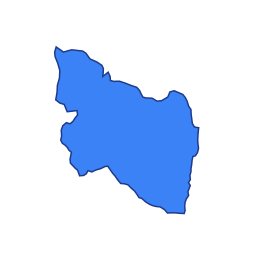 Avelinópolis, Goiás, Brazil, rotated 344°
{"feature_id": "56859067B50448120203224", "entity_name": "Avelinópolis", "entity_type": "district", "adm_level": 2, "iso_a3": "BRA", "parent_name": "Brazil", "parent_adm1": "Goiás", "projection": "natural_earth1", "projection_center": [-49.768, -16.489], "detail": "fine", "context": "isolated", "style": "filled", "palette": "blue", "viewbox_px": 256, "rotation_deg": 344, "n_neighbors": 0, "source": "geoboundaries", "source_scale": "gbopen_adm2", "svg_char_len": 1604}
<svg xmlns="http://www.w3.org/2000/svg" viewBox="0 0 256 256"><g transform="rotate(344 128 128)"><path d="M68.3,160.6L72.4,161.4L75.2,160.5L77.8,158.0L81.2,160.3L84.1,159.7L87.0,159.5L90.8,159.5L95.1,158.7L98.0,159.1L99.3,162.9L100.8,167.3L102.3,170.5L103.8,175.0L105.7,179.3L109.3,180.7L112.3,182.6L114.6,186.8L117.0,190.5L118.4,194.5L119.4,197.9L121.9,199.6L124.7,204.0L127.7,207.3L130.3,209.4L133.4,211.2L137.2,212.7L140.7,216.7L142.5,220.6L145.6,221.3L149.8,222.5L153.6,224.0L158.4,225.7L160.1,223.2L161.0,218.6L162.5,215.0L164.4,212.4L167.7,209.5L168.0,205.7L169.9,203.3L172.0,200.4L171.1,197.2L173.7,194.8L174.4,190.8L176.5,187.3L177.4,184.3L179.2,180.5L180.6,176.9L182.5,173.3L185.1,173.3L188.0,170.8L190.2,166.9L190.9,162.3L191.9,158.0L193.9,152.4L196.0,147.2L192.2,145.4L191.1,141.4L191.9,136.2L192.6,131.6L193.6,127.7L192.3,123.6L192.2,118.5L191.5,114.6L189.9,110.8L182.6,104.9L178.2,104.9L174.8,109.2L167.8,111.0L163.3,110.2L159.4,106.0L153.6,104.1L150.8,102.4L150.0,98.7L149.4,95.0L147.6,91.3L142.5,87.8L137.4,83.9L132.7,80.7L127.0,79.2L124.2,77.5L125.0,73.6L124.3,68.9L118.0,71.5L119.5,67.7L120.7,64.1L120.2,60.6L116.4,56.1L110.5,51.1L108.2,44.6L105.7,41.6L95.4,37.3L86.9,37.2L81.3,30.3L78.4,34.9L77.6,39.4L78.3,46.3L78.3,53.9L75.9,61.0L71.9,67.5L69.6,74.2L66.3,81.0L69.2,85.1L73.2,87.8L74.0,95.6L83.8,97.2L83.1,101.6L79.9,103.8L77.0,106.4L73.5,108.0L70.2,105.9L66.0,107.8L63.2,111.7L62.0,117.5L60.0,121.1L60.7,124.6L62.7,127.0L64.3,129.9L65.2,133.2L66.9,135.8L63.7,142.0L63.0,146.0L64.7,149.2L66.2,152.2L67.9,154.6L68.3,160.6Z" fill="#3b82f6" stroke="#1e3a8a" stroke-width="1.5"/></g></svg>